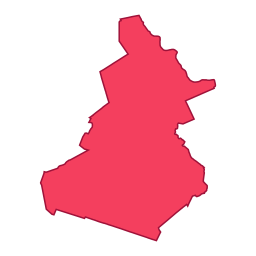 Manesti, Prahova, Romania (Robinson projection)
{"feature_id": "2599482B80791609444721", "entity_name": "Manesti", "entity_type": "district", "adm_level": 2, "iso_a3": "ROU", "parent_name": "Romania", "parent_adm1": "Prahova", "projection": "robinson", "projection_center": [25.843, 44.863], "detail": "fine", "context": "isolated", "style": "filled", "palette": "rose", "viewbox_px": 256, "rotation_deg": 0, "n_neighbors": 0, "source": "geoboundaries", "source_scale": "gbopen_adm2", "svg_char_len": 5485}
<svg xmlns="http://www.w3.org/2000/svg" viewBox="0 0 256 256"><path d="M204.2,193.3L204.1,193.1L204.3,192.5L204.5,192.3L205.1,192.0L205.4,191.8L205.7,191.5L205.8,191.2L206.1,191.1L206.2,190.9L206.6,190.5L206.7,190.1L206.7,189.5L206.7,189.1L206.9,188.5L207.2,188.1L207.2,187.9L207.1,187.5L207.2,187.1L207.2,186.6L207.2,186.1L207.1,185.5L207.0,185.4L205.0,183.4L203.3,181.5L203.3,181.2L203.4,179.6L204.2,173.5L204.3,173.0L204.3,172.8L204.1,172.2L204.0,171.8L204.0,171.4L204.3,169.0L203.8,168.6L203.5,167.8L204.1,167.4L203.4,166.8L202.7,166.1L202.3,165.8L200.9,165.1L200.3,164.4L199.7,164.0L198.6,163.2L196.5,161.5L194.0,159.8L193.0,158.9L191.7,158.0L190.9,156.9L190.4,155.9L189.5,153.3L189.1,152.5L188.9,151.9L188.3,149.6L188.0,149.3L185.5,147.2L185.4,147.1L185.0,146.8L184.7,146.5L184.6,146.3L184.2,146.2L183.8,146.2L183.2,146.2L182.6,145.8L182.4,145.6L182.3,145.4L182.3,145.2L182.5,144.9L183.2,144.5L183.7,144.1L184.8,141.8L183.2,140.2L182.6,139.7L182.2,139.8L181.9,139.4L181.0,138.5L180.6,138.2L180.2,138.2L179.5,138.6L179.2,138.7L178.8,138.6L178.3,137.9L178.1,137.6L178.0,137.3L178.0,137.0L178.1,136.4L178.1,136.1L177.9,135.6L176.8,134.8L176.4,134.4L176.2,134.3L175.7,134.4L175.3,134.3L175.1,134.2L174.8,134.0L174.7,133.9L174.7,133.5L174.8,133.3L175.1,132.8L175.3,132.5L175.4,132.3L175.5,132.0L175.4,131.5L175.1,130.9L175.1,130.6L175.2,130.2L175.3,129.9L175.5,129.4L175.6,128.9L175.9,128.9L176.3,128.9L176.5,128.9L176.8,128.8L177.0,128.7L177.3,128.5L177.5,128.2L177.6,127.8L177.5,127.5L177.6,126.9L177.8,126.1L177.8,125.9L177.7,125.6L177.5,125.1L177.6,124.3L177.9,123.8L178.3,123.3L178.4,123.1L183.0,123.9L194.1,119.1L189.1,108.5L186.6,103.2L186.0,102.1L185.5,100.8L201.5,93.8L214.1,88.3L213.9,87.9L213.8,87.6L213.9,87.3L214.0,87.1L214.9,86.6L215.1,86.4L215.3,86.1L215.4,85.7L215.4,84.9L215.2,83.7L215.0,82.7L214.5,80.7L214.5,80.4L214.3,80.1L214.2,79.9L213.9,79.7L213.7,79.7L213.0,79.7L212.4,79.8L211.5,79.9L209.9,80.2L209.2,80.3L208.2,80.2L207.5,80.2L206.4,79.9L205.4,79.9L204.2,79.9L203.0,79.8L202.5,79.8L202.0,79.9L201.3,80.2L200.5,80.8L199.5,81.3L198.4,81.7L197.2,81.9L196.1,82.0L195.5,82.1L194.6,82.1L193.8,82.0L192.3,81.5L191.0,80.8L189.7,79.9L188.3,77.9L187.3,76.8L186.9,75.6L186.5,73.7L186.2,73.1L186.1,72.4L185.9,71.9L185.1,70.6L184.2,69.9L182.6,68.9L181.9,68.2L181.5,67.6L181.2,66.7L181.2,66.1L180.6,65.0L178.7,63.1L178.2,62.2L176.7,59.5L176.0,58.4L175.8,57.7L175.8,57.2L175.9,55.5L176.0,54.9L176.4,54.0L176.7,53.5L177.0,53.0L177.2,52.3L177.1,52.0L176.9,51.6L176.4,51.1L175.8,50.7L175.3,50.3L174.9,50.0L174.1,49.6L173.4,49.4L173.0,49.4L172.4,49.4L172.0,49.4L170.7,49.7L169.8,49.8L167.8,50.3L167.1,50.4L165.9,50.5L164.5,50.3L163.9,50.1L163.3,49.8L163.0,49.5L162.1,48.5L161.0,47.3L160.7,46.9L160.4,46.2L160.1,45.4L160.0,44.1L160.0,42.9L159.9,41.9L160.0,40.8L160.2,39.8L160.1,39.4L160.0,39.2L160.0,38.9L160.1,38.6L160.1,38.2L160.0,37.5L159.7,37.1L159.3,36.7L158.0,36.2L154.1,36.1L152.7,35.5L151.5,34.7L150.6,33.7L150.3,33.2L149.8,31.8L149.6,31.6L148.4,31.1L148.0,30.8L147.6,30.2L146.1,28.1L145.0,26.5L144.0,25.4L143.6,24.9L143.2,23.9L143.3,23.3L143.4,22.4L143.2,22.2L142.2,21.4L141.8,20.9L141.4,20.4L141.2,19.3L140.7,18.5L139.0,15.4L132.3,16.6L127.9,17.6L120.4,19.1L121.0,20.1L121.1,20.6L120.3,20.8L120.0,21.0L119.8,21.2L119.6,21.4L119.3,21.8L119.2,22.1L119.2,22.5L119.2,27.2L119.2,38.2L119.2,41.2L120.1,42.5L123.5,47.4L128.1,54.1L124.7,56.2L118.1,60.4L113.6,63.2L111.5,64.6L103.8,69.5L100.0,71.7L101.3,76.6L101.4,77.2L104.2,86.7L105.4,90.7L105.9,92.1L106.1,93.2L106.6,94.7L107.4,97.6L108.8,102.0L109.1,102.6L105.0,105.6L103.0,107.1L101.7,108.3L96.3,112.4L92.7,115.3L91.4,116.3L91.5,116.3L89.5,117.6L90.9,118.5L88.9,122.4L90.2,122.5L91.1,122.6L91.8,122.9L92.2,123.6L92.4,124.5L92.4,125.4L92.3,126.6L92.2,127.3L92.0,127.5L90.9,128.8L89.6,131.0L89.4,131.3L89.4,131.5L89.3,132.0L89.1,132.5L88.1,133.8L87.4,133.4L86.6,133.1L85.1,133.2L82.8,136.9L79.6,145.2L80.9,146.3L84.1,148.8L84.3,149.0L84.5,149.1L85.9,149.4L88.3,150.1L70.3,159.9L70.0,160.0L69.3,160.1L69.0,160.2L68.7,160.4L68.0,160.9L67.5,161.2L66.7,161.8L66.0,162.5L65.7,162.8L65.5,163.2L65.2,163.7L64.9,164.0L64.6,164.1L64.0,164.5L63.3,164.8L61.5,165.4L61.2,165.5L60.4,165.6L59.7,165.9L59.3,166.1L58.7,166.6L58.4,167.0L57.9,167.8L57.8,168.2L57.7,168.3L57.3,168.4L53.3,169.8L52.9,169.9L47.5,171.8L46.0,172.2L44.6,171.8L44.2,171.7L44.0,173.3L43.9,173.6L41.1,181.5L40.8,182.3L40.6,182.9L41.0,183.9L41.6,185.0L42.9,191.6L46.3,209.2L51.9,214.2L53.9,214.8L56.2,209.4L84.5,218.4L85.3,217.1L85.5,217.0L93.3,219.7L93.8,219.8L99.0,221.7L103.5,223.1L105.3,223.5L105.7,223.7L107.4,224.2L107.8,224.4L108.0,224.5L110.6,225.3L111.3,225.5L116.7,227.3L117.6,227.6L118.6,227.9L119.1,228.1L119.6,228.3L119.8,228.3L129.9,231.8L133.1,232.8L133.3,232.9L134.5,233.3L135.4,233.6L136.9,234.1L144.4,236.6L144.7,236.7L147.1,237.5L147.3,237.6L148.7,238.1L152.2,239.3L152.7,239.4L153.1,239.6L153.3,239.6L155.4,240.3L156.4,240.6L158.9,235.5L160.3,232.6L160.5,232.4L160.6,232.0L160.3,231.6L159.4,230.2L159.0,229.7L158.7,228.6L158.5,227.7L167.1,220.5L176.5,212.5L177.9,211.4L180.9,208.9L181.9,208.2L182.5,207.6L186.7,204.4L187.7,206.1L189.2,202.7L189.3,202.5L191.1,198.9L191.7,197.6L192.2,196.7L192.3,196.5L192.3,196.4L192.5,196.1L194.0,195.7L195.0,195.4L195.4,195.3L195.5,195.4L195.6,195.6L195.7,195.8L195.9,196.1L196.2,196.3L196.5,196.5L196.8,196.6L197.1,196.5L197.5,196.4L198.5,196.0L199.1,195.8L199.8,195.4L200.3,195.0L200.6,194.8L201.3,194.1L201.5,193.9L202.7,193.6L203.4,193.4L204.2,193.3Z" fill="#f43f5e" stroke="#9f1239" stroke-width="1.5"/></svg>